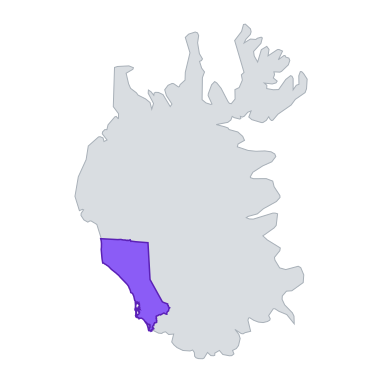 Sveitarfélagið Hornafjörðu, Austurland, Iceland (highlighted), rotated 89°
{"feature_id": "244011B97448762640394", "entity_name": "Sveitarfélagið Hornafjörðu", "entity_type": "district", "adm_level": 2, "iso_a3": "ISL", "parent_name": "Iceland", "parent_adm1": "Austurland", "projection": "albers", "projection_center": [-15.406, 64.234], "detail": "fine", "context": "in_parent", "style": "filled", "palette": "violet", "viewbox_px": 384, "rotation_deg": 89, "n_neighbors": 0, "source": "geoboundaries", "source_scale": "gbopen_adm2", "svg_char_len": 8850}
<svg xmlns="http://www.w3.org/2000/svg" viewBox="0 0 384 384"><g transform="rotate(89 192 192)"><path d="M297.5,103.5L300.9,103.8L306.5,101.3L314.5,93.8L317.9,92.2L325.6,92.1L316.2,99.4L312.8,107.2L310.2,111.1L310.2,112.8L316.9,117.5L320.1,116.0L321.5,116.5L322.8,118.8L323.8,123.2L323.2,127.9L321.3,132.6L318.7,136.5L319.1,137.7L321.2,138.3L332.3,135.8L333.6,141.5L334.7,143.4L334.4,145.3L330.1,151.5L335.2,147.6L339.3,146.4L346.4,148.2L349.3,150.4L351.1,154.2L354.6,152.9L356.3,155.1L356.4,157.5L355.0,164.0L350.9,167.4L353.5,172.0L355.7,172.1L356.1,173.2L355.9,176.0L352.7,179.3L358.2,182.8L358.9,184.2L358.7,188.4L357.9,190.8L356.3,192.2L352.4,192.5L350.0,194.1L350.9,196.7L350.3,203.8L347.3,209.7L344.5,212.8L341.6,214.9L333.7,212.8L334.1,217.8L331.3,220.9L331.9,223.4L332.9,224.7L332.5,228.0L328.9,234.9L326.4,237.2L321.3,239.9L313.9,246.1L306.4,246.1L287.8,254.9L280.5,259.7L267.1,273.9L261.4,277.6L251.9,279.2L222.8,287.7L219.3,293.2L219.1,294.5L220.3,296.7L218.0,300.6L213.5,303.4L211.4,303.2L207.9,300.7L207.4,301.8L208.7,304.9L194.3,309.1L174.8,305.4L157.8,297.3L144.2,294.9L135.3,284.5L135.1,282.9L136.4,280.0L140.0,279.1L138.5,276.0L132.3,280.7L130.4,280.4L128.1,278.1L128.2,276.0L123.4,274.8L115.6,267.9L115.1,266.5L117.3,264.6L117.0,264.2L112.4,264.1L105.3,269.2L66.1,267.3L65.2,264.2L64.8,252.9L66.7,248.4L68.3,249.0L72.1,255.8L82.8,253.5L87.3,251.6L91.8,245.9L94.2,244.2L98.1,236.8L101.8,232.4L108.5,230.8L102.8,228.9L92.5,234.1L89.3,233.8L91.1,231.2L94.7,228.5L92.4,228.1L91.7,226.6L91.9,223.8L94.1,219.3L106.2,212.3L103.7,210.5L95.2,215.9L89.3,217.5L84.9,214.1L83.1,210.0L83.4,208.4L86.7,203.8L86.4,202.8L84.5,202.1L80.0,197.0L72.1,196.6L52.8,191.6L37.3,196.0L34.1,192.6L32.1,186.0L33.0,183.7L35.8,182.6L42.9,183.8L53.8,182.2L59.1,179.2L60.8,180.3L61.5,182.2L68.3,180.2L72.2,177.4L77.8,179.6L99.9,180.3L103.2,176.4L104.8,171.5L104.4,170.5L95.9,174.2L94.1,174.0L85.1,170.5L82.0,167.4L83.4,165.3L88.8,161.1L102.1,154.5L104.0,153.1L104.4,151.2L99.8,147.3L90.4,147.3L88.4,143.0L81.0,139.7L75.7,140.6L73.3,137.9L41.3,146.7L32.3,139.6L25.4,137.6L25.1,135.7L29.9,130.7L32.8,130.1L35.6,131.0L40.4,135.6L43.9,137.3L40.1,131.0L40.6,125.5L39.4,123.9L38.4,120.1L39.2,119.0L44.6,120.5L52.6,128.0L57.1,127.4L63.2,124.1L50.9,120.2L47.7,114.7L50.8,112.5L57.2,113.6L51.1,104.1L51.0,102.6L52.7,99.0L61.3,103.4L57.2,97.8L57.2,96.6L58.7,95.9L59.8,92.8L62.2,91.9L66.6,93.5L72.9,100.3L73.7,102.0L73.3,108.0L76.1,107.4L79.4,108.7L82.6,104.9L84.4,106.1L85.4,109.9L84.3,117.9L86.6,115.3L89.9,115.5L91.2,108.9L91.1,103.6L81.1,96.3L77.4,91.4L78.0,90.0L80.3,88.9L91.6,89.1L87.1,85.9L86.2,83.2L77.7,83.2L73.5,81.6L73.6,80.2L75.5,78.4L81.1,74.9L90.8,75.7L94.6,77.2L101.2,87.1L106.8,91.4L115.7,104.7L121.7,110.0L121.9,111.3L120.7,112.6L118.1,114.0L121.7,116.5L123.8,119.9L123.8,121.3L120.7,131.0L118.0,133.9L112.0,131.5L113.2,134.8L117.2,138.5L118.0,140.5L117.2,142.3L119.4,141.9L119.9,143.0L118.4,148.5L117.1,150.5L120.7,151.9L123.0,155.0L125.0,166.6L127.4,158.0L128.6,154.9L130.2,153.9L132.8,145.1L137.3,140.3L141.3,138.6L144.8,145.1L147.6,145.9L151.4,135.3L152.4,127.3L152.2,118.4L153.2,112.2L155.4,108.6L158.0,107.6L163.2,111.7L167.1,120.8L173.3,130.8L177.9,133.5L178.7,133.3L179.8,130.2L179.9,117.6L182.5,111.1L188.2,109.8L197.1,104.2L199.0,104.1L203.0,107.8L209.9,120.8L215.0,127.0L217.4,136.4L218.6,138.2L219.9,135.4L220.2,131.2L214.5,111.5L214.6,108.9L215.3,106.8L226.9,108.4L229.4,110.6L237.1,121.9L241.2,117.6L249.5,104.7L252.2,105.2L258.8,110.7L261.5,110.3L269.4,105.7L271.2,99.6L268.1,87.1L269.5,84.6L276.8,81.7L284.5,82.4L292.5,93.9L292.8,99.3L297.5,103.5Z" fill="#d9dde1" stroke="#a8b0b8" stroke-width="1"/><path d="M241.9,236.9L240.8,248.7L240.1,253.4L240.3,253.7L240.3,254.0L240.1,254.2L239.7,254.1L239.3,254.6L239.0,254.6L239.1,254.8L239.0,255.1L238.9,255.4L239.2,255.7L239.2,255.8L239.3,256.3L239.4,256.6L239.1,257.1L239.3,257.3L239.4,257.8L239.1,258.4L239.2,258.6L239.1,258.9L239.0,259.2L238.9,259.3L239.0,259.7L238.8,260.0L238.8,260.3L238.8,261.5L238.7,261.7L238.7,261.9L238.6,262.1L238.5,263.0L238.2,263.7L238.2,264.2L238.3,267.1L237.1,284.1L239.4,283.6L241.9,283.4L245.5,283.5L247.9,283.8L249.0,283.7L257.3,283.1L261.4,282.5L261.4,282.3L261.5,282.3L261.5,282.1L261.4,282.1L261.4,281.8L262.5,280.4L263.0,279.4L263.8,278.4L264.5,277.3L265.2,276.5L267.9,274.0L272.0,269.0L273.4,267.6L273.6,267.1L276.2,265.0L276.5,264.7L282.8,258.8L283.8,258.0L285.0,257.2L287.8,256.1L287.9,255.9L290.1,255.2L291.4,255.0L291.6,254.8L292.0,253.8L292.5,253.2L293.1,252.9L295.3,252.0L299.3,251.2L299.7,250.8L300.9,250.6L305.0,250.5L308.0,250.8L308.4,251.0L308.6,251.0L308.3,251.0L307.8,250.6L307.6,250.3L307.3,250.1L307.1,250.3L306.7,250.4L303.7,250.1L303.4,250.1L303.5,250.1L303.0,249.9L302.9,249.7L302.6,250.0L302.3,250.2L302.2,249.9L301.9,250.0L301.5,250.3L301.1,248.6L301.3,248.3L301.2,248.2L301.3,248.1L301.7,248.5L301.8,248.2L302.1,248.1L302.0,247.9L302.2,248.0L302.4,248.1L302.3,247.8L302.5,247.7L302.3,247.6L302.3,247.3L302.1,247.1L302.5,247.1L302.8,246.6L304.8,246.5L305.0,246.7L305.8,246.8L306.0,247.2L306.0,247.6L306.5,247.6L306.6,247.4L306.6,247.2L306.2,246.4L306.5,246.3L306.8,246.6L306.8,246.8L306.9,246.7L306.9,246.3L307.0,246.3L307.1,246.7L306.9,247.1L306.9,247.3L307.2,247.1L307.3,247.2L307.4,246.9L307.7,246.8L308.2,246.3L308.1,246.2L308.3,246.1L308.0,246.7L307.9,246.8L307.7,247.1L307.9,247.3L308.1,247.3L307.9,247.4L307.9,247.5L308.1,247.5L307.8,247.8L307.9,248.0L307.7,248.2L308.0,248.3L307.5,248.6L307.7,248.8L307.7,249.2L307.7,249.5L307.9,249.6L307.8,249.9L307.8,250.0L308.5,249.8L308.0,249.7L308.5,249.7L308.4,249.5L308.5,249.4L308.4,249.3L308.5,249.2L308.3,249.2L308.1,249.1L308.1,248.9L308.3,248.9L308.4,248.7L308.5,248.9L308.4,249.1L308.5,249.1L308.7,248.8L308.6,248.7L308.8,248.6L309.0,248.6L308.9,248.5L308.9,248.4L308.9,248.2L308.6,248.1L308.7,247.9L308.2,247.7L308.3,247.5L308.6,247.3L308.9,247.4L308.9,247.5L309.0,247.6L309.3,247.2L309.5,247.2L309.5,247.3L309.4,247.4L309.3,247.7L309.5,247.5L309.6,247.8L309.8,247.8L309.8,248.0L309.9,247.8L310.1,247.8L310.1,247.6L310.2,247.8L310.1,248.0L310.4,247.6L310.6,247.5L310.6,247.4L310.8,247.4L310.7,247.2L310.9,247.0L310.8,246.9L310.8,246.7L311.9,246.6L312.9,247.2L313.4,247.6L313.4,247.8L313.7,248.1L313.7,248.3L313.8,248.3L314.3,249.1L314.2,249.3L313.9,249.2L314.0,249.4L313.8,249.5L313.7,249.3L313.6,249.2L313.4,249.5L313.5,249.7L313.5,249.8L311.8,249.7L311.4,249.8L311.2,249.7L311.1,249.9L310.3,250.0L309.5,250.3L309.0,250.3L308.5,250.6L308.4,250.7L308.4,250.8L308.8,250.5L309.1,250.6L309.2,250.8L309.5,250.5L310.9,250.2L313.7,250.3L313.9,250.4L314.3,250.3L314.6,250.5L314.7,250.3L315.0,250.4L315.8,250.3L316.0,250.0L315.6,249.8L315.5,249.7L315.6,249.4L315.7,249.0L316.2,248.6L316.4,248.6L316.5,248.7L316.4,248.8L316.6,248.8L316.6,248.6L316.6,248.1L316.6,247.8L316.8,247.5L317.1,247.3L317.3,247.4L317.4,247.2L317.8,247.1L317.5,246.6L317.7,246.2L317.8,246.2L317.6,246.1L317.4,246.0L317.2,245.2L317.3,244.7L317.6,244.1L318.1,243.4L319.4,242.1L321.8,240.6L321.8,240.3L322.2,240.0L322.1,239.8L321.9,239.8L322.0,239.7L322.3,239.4L322.8,239.0L323.1,238.6L323.5,238.6L323.5,238.3L323.4,238.1L323.5,237.8L323.7,237.6L323.8,237.4L323.8,237.2L323.6,237.1L323.7,236.6L324.3,236.3L324.5,236.6L324.8,236.6L325.6,236.4L326.1,236.5L326.3,236.3L326.6,236.6L327.4,236.9L328.1,237.5L328.6,237.6L328.9,237.8L327.0,238.0L325.4,238.5L323.7,239.1L322.5,239.8L322.1,240.4L322.0,240.6L322.4,240.1L323.0,239.6L325.1,238.8L328.3,238.0L329.0,238.0L329.5,237.4L329.4,237.4L329.4,237.1L329.4,236.8L329.8,236.1L330.5,235.6L330.4,235.5L330.5,235.3L330.2,234.8L330.2,234.7L329.2,234.8L329.2,234.4L328.6,234.1L328.5,233.8L328.7,233.6L328.2,233.2L328.0,232.6L327.3,232.9L327.0,233.4L326.9,233.9L326.3,233.9L325.3,233.5L325.1,233.3L324.9,232.6L324.4,232.5L323.7,232.6L323.1,232.2L323.0,231.9L322.2,231.7L322.3,231.4L322.2,231.2L321.9,231.0L322.0,230.5L322.0,230.2L321.6,229.6L320.8,229.7L320.2,229.4L319.5,229.9L318.2,229.6L317.9,229.7L317.8,230.0L317.3,229.8L316.8,230.0L316.4,229.9L315.6,230.0L315.5,229.9L315.5,229.6L315.3,229.5L315.3,229.0L315.0,228.7L314.9,228.0L314.3,227.4L314.3,227.0L314.0,226.4L314.0,225.7L314.3,225.5L312.6,222.5L312.6,222.1L312.8,221.6L313.4,220.7L313.5,220.0L313.7,219.7L313.7,219.3L313.0,219.4L311.7,219.0L311.0,218.5L310.5,217.6L308.3,217.1L307.4,216.3L306.4,217.6L305.1,217.7L305.0,218.0L304.9,218.1L304.1,218.4L303.5,218.3L301.9,222.4L301.2,223.6L278.8,235.5L241.9,236.9ZM302.4,249.8L302.6,249.7L302.7,249.4L302.6,249.1L302.3,249.3L302.1,249.7L302.4,249.8ZM302.2,249.2L302.5,249.1L302.5,248.9L302.4,248.8L302.1,249.0L302.2,249.2ZM301.8,249.7L301.9,249.4L301.7,249.2L301.5,249.3L301.8,249.7ZM308.6,250.3L308.1,250.2L308.2,250.3L308.3,250.5L308.6,250.3ZM309.0,249.6L308.7,249.3L308.7,249.5L308.6,249.8L309.0,249.7L309.0,249.6ZM301.8,249.2L301.8,248.9L301.5,249.2L301.8,249.2ZM302.0,249.9L301.7,249.8L301.6,250.0L302.0,249.9Z" fill="#8b5cf6" stroke="#5b21b6" stroke-width="1.5"/></g></svg>